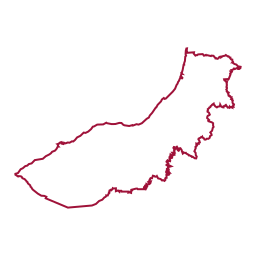 outline of New Plymouth District, Taranaki, New Zealand
{"feature_id": "76426892B38653513639865", "entity_name": "New Plymouth District", "entity_type": "district", "adm_level": 2, "iso_a3": "NZL", "parent_name": "New Zealand", "parent_adm1": "Taranaki", "projection": "natural_earth1", "projection_center": [174.415, -39.001], "detail": "fine", "context": "isolated", "style": "outline", "palette": "rose", "viewbox_px": 256, "rotation_deg": 0, "n_neighbors": 0, "source": "geoboundaries", "source_scale": "gbopen_adm2", "svg_char_len": 5880}
<svg xmlns="http://www.w3.org/2000/svg" viewBox="0 0 256 256"><path d="M187.0,48.4L186.4,48.5L185.8,50.7L185.6,54.2L186.1,55.7L185.3,56.5L184.9,61.1L184.5,62.1L184.1,63.4L184.2,64.7L183.6,64.8L182.7,69.7L182.0,72.2L181.6,72.5L181.8,72.7L181.7,73.4L182.1,73.8L181.5,73.7L181.2,74.0L181.2,74.9L180.3,77.0L180.6,77.4L181.6,76.9L182.4,77.8L182.2,78.3L180.5,78.1L179.9,78.5L178.8,81.1L178.0,82.1L177.6,83.6L176.6,84.9L175.1,88.7L172.8,91.6L165.9,98.5L164.7,98.9L163.8,98.0L161.9,99.5L161.0,101.4L157.6,104.9L156.3,107.4L155.8,107.5L152.2,112.8L149.8,115.5L148.9,117.5L146.7,118.8L141.9,123.2L138.6,124.6L136.5,124.2L132.8,125.6L132.1,125.5L132.1,125.2L129.2,126.0L124.4,125.3L123.3,124.8L121.5,123.0L119.3,122.9L115.4,124.0L111.7,124.1L107.0,123.2L106.3,122.7L103.2,124.4L97.2,124.6L94.1,126.4L92.8,126.7L91.1,129.1L88.2,131.6L85.5,132.9L83.7,132.6L80.4,135.8L77.1,137.4L75.0,140.0L73.2,141.5L72.0,141.3L69.6,142.7L67.7,142.5L65.2,143.4L63.6,142.5L64.9,143.4L63.4,143.7L63.3,144.0L62.0,143.7L62.3,142.9L61.2,143.2L61.8,142.7L60.8,143.0L62.5,141.7L60.6,142.7L60.3,142.4L59.4,143.0L59.3,143.5L57.5,144.1L58.1,144.5L57.8,146.1L58.1,146.0L58.5,146.5L57.9,146.5L56.3,149.2L54.9,150.7L52.1,151.8L50.9,153.3L49.2,154.5L45.8,156.2L42.8,158.8L34.8,160.1L31.6,163.4L28.8,164.1L27.3,165.6L25.3,166.1L22.7,168.3L20.7,169.2L17.9,173.1L15.4,173.8L15.4,174.7L18.1,176.5L18.6,176.1L20.8,176.3L21.7,176.8L22.4,178.2L24.6,179.1L26.5,181.1L26.6,181.6L27.5,182.1L27.9,183.4L30.2,185.3L30.5,186.7L31.5,187.5L31.9,188.5L32.9,189.7L37.8,193.6L41.3,195.7L44.3,195.9L46.4,196.8L45.7,198.3L67.9,207.6L92.0,205.5L96.0,203.9L99.1,201.0L102.3,199.7L104.4,197.4L105.5,196.9L106.4,195.9L106.3,195.4L107.7,195.5L108.6,193.7L109.2,193.1L109.0,192.6L109.4,192.5L109.3,191.1L109.6,190.4L110.5,190.4L110.4,190.1L111.1,189.6L111.7,189.9L112.5,189.1L112.8,188.2L113.3,188.5L115.9,188.3L115.9,191.2L118.0,190.5L119.1,191.5L119.1,190.8L121.4,190.8L121.7,191.2L121.6,191.6L128.5,191.6L128.4,192.6L130.3,192.0L130.2,192.6L131.1,192.9L131.2,190.7L131.8,190.7L132.1,190.4L131.7,189.7L136.1,188.6L137.2,188.6L137.7,189.2L143.6,189.2L143.8,188.3L144.2,188.9L145.3,188.7L145.1,189.3L145.6,189.4L146.2,188.3L145.6,188.1L145.6,187.0L144.6,187.0L145.1,185.5L145.7,185.2L145.6,186.5L146.7,187.1L147.3,186.1L146.3,184.9L146.4,183.9L146.8,184.1L146.7,184.8L147.0,184.8L148.3,184.2L149.2,184.2L150.3,183.3L150.6,182.3L149.6,183.1L148.2,181.9L149.7,180.6L149.3,179.5L149.0,179.3L150.1,179.4L150.6,178.1L152.1,178.1L152.9,175.7L154.5,176.1L155.1,176.7L156.5,176.6L156.9,176.1L158.1,178.4L160.6,179.0L162.1,180.5L163.0,180.1L164.5,180.9L165.4,179.9L165.2,178.6L165.5,178.0L166.6,177.8L166.4,175.0L168.8,174.8L169.3,174.2L169.2,173.7L168.1,174.0L167.5,173.6L168.1,173.4L168.5,172.6L169.6,172.7L169.1,172.1L166.7,172.4L166.2,172.2L166.2,171.7L167.3,171.7L168.0,171.1L166.8,170.6L166.9,168.9L167.2,168.9L168.5,170.7L168.8,169.5L168.4,168.8L167.9,168.7L168.0,167.2L171.1,166.3L169.2,165.4L168.1,166.4L167.7,165.6L166.5,165.2L166.5,164.7L168.3,163.6L167.6,162.3L166.6,161.9L166.5,161.5L167.6,160.2L169.0,161.0L170.1,161.2L170.2,160.4L169.4,158.2L169.5,157.5L170.8,158.2L172.1,157.8L172.2,157.1L170.9,157.4L170.2,156.1L170.5,154.4L171.9,155.3L174.5,154.8L174.4,154.2L173.2,153.9L172.3,152.7L174.6,152.6L174.1,151.7L174.6,150.9L174.0,150.2L174.4,149.2L173.4,147.9L173.9,147.0L174.4,147.1L174.5,148.8L175.2,149.0L176.4,148.7L176.5,147.0L176.9,146.7L178.1,148.6L177.7,150.0L178.5,150.8L178.9,150.6L179.7,148.3L180.4,148.2L181.7,150.1L181.9,151.3L182.6,151.8L182.3,152.3L182.8,153.6L184.0,152.6L185.6,153.1L185.9,152.9L186.5,153.7L188.0,154.4L188.8,155.4L189.4,155.2L190.7,156.1L191.5,156.1L192.0,157.0L192.8,156.8L194.8,158.3L196.2,158.4L196.7,156.5L195.8,155.2L195.6,152.8L194.4,151.3L195.8,147.9L195.4,147.0L196.7,145.8L196.3,145.1L196.3,143.7L197.4,144.3L197.6,143.5L198.8,143.8L198.9,142.7L199.8,142.4L199.3,140.6L198.4,139.4L198.6,138.6L200.9,137.5L201.2,137.0L201.9,137.2L202.3,136.7L202.7,137.7L203.7,138.1L204.5,139.5L205.7,139.6L206.8,138.7L208.4,138.8L209.6,137.9L210.1,136.0L211.6,135.1L211.5,134.2L210.3,132.4L212.1,130.7L212.8,127.8L213.6,126.9L213.1,125.7L213.1,123.2L211.8,122.3L208.4,121.2L208.2,120.7L209.0,119.9L207.1,118.0L207.4,116.4L207.8,115.8L209.4,115.1L209.8,114.6L208.9,112.6L207.5,111.7L207.6,110.6L208.0,110.1L207.8,109.1L209.0,108.2L209.3,107.5L210.3,107.2L210.6,106.2L211.8,105.3L212.0,104.8L213.7,103.6L214.0,104.9L214.5,105.1L215.2,106.3L216.9,107.4L217.8,106.7L219.9,106.3L220.2,104.6L221.1,106.4L222.3,107.2L223.5,107.4L223.6,106.2L224.9,106.1L225.2,105.4L225.9,104.9L227.7,107.6L228.4,107.4L229.1,107.7L229.5,106.8L229.9,107.6L230.6,107.0L231.8,107.5L231.5,106.9L233.4,106.9L233.0,106.1L233.6,105.7L233.9,104.7L233.4,104.6L233.6,104.0L232.8,103.4L232.4,101.9L232.8,100.6L232.1,100.1L232.3,99.4L231.2,99.1L231.7,98.3L231.3,98.0L231.5,97.2L230.8,97.2L229.5,96.3L229.7,96.0L228.6,95.7L228.3,94.6L228.6,94.1L227.7,92.8L228.4,92.4L226.7,91.3L226.9,90.3L226.3,89.6L227.0,88.2L226.9,87.5L226.4,87.0L226.9,85.8L226.7,85.3L226.9,84.2L226.6,83.8L226.9,82.5L226.4,82.1L226.9,81.4L226.3,81.5L224.4,80.3L224.1,79.3L228.7,79.0L230.5,74.5L230.1,73.8L231.0,72.7L230.7,72.0L231.5,72.3L231.7,72.0L231.5,71.9L231.8,71.5L231.1,71.0L231.5,70.5L231.3,70.1L232.7,69.8L233.8,68.7L234.0,69.2L235.0,69.0L237.5,67.8L238.0,68.1L237.7,68.5L238.0,69.0L239.2,69.0L240.4,68.1L240.6,66.8L237.9,66.3L236.4,64.6L234.5,64.0L233.1,63.1L233.0,62.4L232.5,62.4L233.0,61.9L232.4,61.0L232.3,59.6L231.0,59.3L230.6,58.8L230.4,57.6L229.7,57.7L228.6,56.3L227.9,56.5L225.8,55.0L225.0,55.7L222.9,56.1L221.4,57.1L221.5,56.5L220.0,56.7L219.0,57.3L218.6,58.2L217.6,58.8L216.5,58.3L216.5,58.6L215.8,58.5L215.9,58.2L214.9,57.6L213.5,55.8L211.4,55.6L211.0,56.1L207.3,55.2L206.2,55.4L205.9,54.9L204.0,55.7L202.7,54.1L198.1,54.4L197.1,55.2L196.3,55.1L195.4,55.6L193.7,53.6L194.0,52.3L187.4,52.8L186.7,50.4L187.0,48.4Z" fill="none" stroke="#9f1239" stroke-width="2"/></svg>